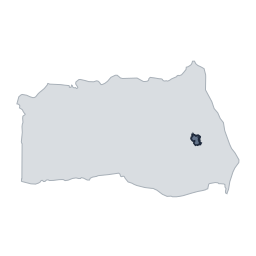 Adansi South, Ashanti, Ghana (highlighted), rotated 271°
{"feature_id": "2480657B97463209696641", "entity_name": "Adansi South", "entity_type": "district", "adm_level": 2, "iso_a3": "GHA", "parent_name": "Ghana", "parent_adm1": "Ashanti", "projection": "robinson", "projection_center": [-1.341, 6.005], "detail": "fine", "context": "in_parent", "style": "filled", "palette": "slate", "viewbox_px": 256, "rotation_deg": 271, "n_neighbors": 0, "source": "geoboundaries", "source_scale": "gbopen_adm2", "svg_char_len": 5105}
<svg xmlns="http://www.w3.org/2000/svg" viewBox="0 0 256 256"><g transform="rotate(271 128 128)"><path d="M157.3,18.3L159.2,20.4L159.7,21.6L159.0,26.1L157.6,29.3L156.7,32.2L156.8,33.7L157.6,35.2L160.6,37.5L162.1,39.0L164.0,41.3L166.0,43.6L169.6,46.5L171.1,47.0L171.0,47.8L170.5,48.9L170.2,59.8L169.9,62.6L169.7,64.0L169.4,68.0L169.0,68.6L168.3,68.6L167.7,68.7L167.6,69.5L167.8,70.3L169.9,70.9L169.5,71.5L167.9,72.1L167.2,73.3L167.5,74.7L166.6,75.8L166.9,76.6L167.4,77.1L168.3,76.9L170.8,75.1L171.9,74.9L173.2,75.2L175.6,78.1L175.7,79.5L174.7,84.3L173.7,87.9L173.6,92.9L174.6,95.6L174.4,97.1L173.4,98.4L170.9,100.3L171.1,101.6L172.2,104.0L174.3,106.7L178.4,110.1L180.5,114.4L180.6,116.2L179.3,117.9L177.9,119.5L177.4,121.7L178.1,136.2L174.8,142.5L174.8,144.3L175.1,146.4L176.0,147.7L177.6,148.0L179.0,149.3L178.5,153.7L177.8,158.2L177.7,160.4L177.3,161.4L176.0,162.3L175.6,163.7L175.9,165.5L175.6,166.8L176.3,168.5L177.8,170.6L180.2,175.8L181.1,176.2L181.5,177.3L181.2,178.3L182.1,180.6L184.8,182.9L187.5,185.0L189.8,185.2L190.3,187.0L191.8,189.3L192.8,190.3L194.5,191.0L195.9,191.3L196.0,193.3L193.5,194.6L191.8,196.6L190.5,199.6L188.7,203.0L182.5,204.7L180.2,204.8L167.5,204.8L155.7,211.4L148.9,213.8L144.7,217.5L139.0,220.1L135.1,223.3L126.9,224.8L113.5,229.9L109.3,231.9L105.0,235.4L98.1,239.5L95.4,239.4L90.0,235.6L85.9,233.7L76.0,230.7L68.5,229.6L64.9,228.3L64.0,228.1L64.8,226.7L66.9,226.6L69.0,227.1L70.7,226.0L73.1,225.9L73.7,224.8L73.9,222.0L73.9,219.8L74.8,218.8L75.0,216.1L73.8,210.3L73.0,209.6L68.6,208.8L68.3,207.7L67.5,206.4L66.7,203.4L65.8,199.0L64.2,193.4L61.3,184.3L60.6,181.0L60.1,177.7L60.0,173.8L60.6,172.3L60.5,170.3L60.3,168.3L62.3,163.6L66.4,157.9L67.2,155.9L68.0,154.4L68.1,152.4L68.8,145.8L70.7,137.7L71.9,134.7L72.8,133.1L73.7,130.4L74.0,129.1L77.7,126.0L79.4,125.1L79.8,123.9L79.2,122.6L79.5,121.6L80.3,121.2L81.7,120.8L82.7,119.5L81.1,109.6L79.9,99.7L79.8,98.9L79.1,97.5L78.3,93.5L77.1,91.1L75.3,90.4L75.3,88.1L77.1,84.4L77.6,82.1L76.7,81.5L76.6,79.7L77.2,76.9L76.9,75.2L76.6,73.4L74.8,69.1L74.3,66.0L75.3,64.2L75.2,60.3L74.3,54.3L74.1,50.4L74.8,48.9L74.5,47.3L73.1,45.9L73.0,44.5L74.2,43.2L74.0,42.1L72.6,41.3L71.4,39.5L70.3,36.5L70.5,31.8L72.6,23.1L72.9,22.4L75.3,22.4L75.3,22.8L82.7,22.7L91.2,22.6L101.3,22.5L110.5,22.4L110.9,22.0L112.4,21.6L121.7,22.4L127.5,22.0L130.0,22.3L131.8,22.9L135.8,22.5L138.0,22.7L139.6,24.9L140.2,24.9L141.1,24.0L142.7,22.9L144.4,22.1L145.5,20.4L146.2,19.1L147.3,19.4L148.8,19.3L149.8,18.2L150.2,16.5L157.3,18.3Z" fill="#d9dde1" stroke="#a8b0b8" stroke-width="1"/><path d="M112.1,198.5L112.4,198.5L112.6,198.5L112.6,198.8L112.6,199.0L112.8,198.9L112.9,199.1L113.0,199.4L113.2,199.5L113.4,199.6L113.5,199.7L113.5,199.8L113.4,199.9L113.3,200.0L113.5,200.0L113.4,200.3L113.3,200.2L113.2,200.2L113.0,200.3L113.0,200.5L112.9,200.5L112.9,200.8L113.0,200.8L113.2,200.7L113.3,200.7L113.5,200.7L113.5,200.8L113.5,201.0L113.8,201.2L113.9,200.9L114.0,201.0L114.2,201.3L114.3,201.4L114.4,201.2L114.5,201.2L114.7,200.9L114.7,200.6L114.8,200.4L114.7,200.2L114.6,199.9L114.5,199.7L114.7,199.9L114.7,200.0L114.8,200.1L115.0,199.7L115.4,199.8L115.5,199.7L115.8,199.7L115.9,199.8L115.9,199.7L116.0,199.6L116.0,199.4L116.0,199.2L116.3,199.1L116.5,199.1L116.6,199.3L116.7,199.2L116.8,199.2L117.0,199.2L117.1,199.3L117.3,199.2L117.3,198.9L117.2,198.8L117.3,198.7L117.6,198.7L117.9,198.7L118.0,198.7L118.1,198.8L118.2,199.0L118.3,199.1L118.5,198.9L118.6,199.0L118.4,199.3L118.3,199.5L118.5,199.4L118.8,199.4L119.1,199.3L119.1,199.2L119.3,199.0L119.3,199.3L119.3,199.5L119.5,199.8L119.5,200.1L119.4,200.2L119.5,200.3L119.9,200.3L120.0,200.2L120.2,199.9L120.3,199.8L120.5,199.8L120.6,200.1L120.8,200.2L120.9,199.9L120.9,199.7L120.9,199.3L121.0,199.3L121.0,199.5L121.1,199.4L121.3,199.4L121.3,199.1L121.4,198.8L121.4,198.7L121.5,198.8L121.6,198.7L121.9,198.7L122.0,198.6L122.1,198.4L122.0,198.2L122.1,197.9L122.1,197.7L122.0,197.2L121.9,197.1L121.7,197.1L121.5,196.9L121.4,196.8L121.3,196.7L121.5,196.5L121.4,196.3L121.4,196.2L121.5,196.2L121.4,196.0L121.5,196.0L121.6,195.9L121.6,196.0L121.7,195.9L121.8,195.9L121.9,195.7L121.8,195.4L121.7,195.4L121.8,195.2L121.9,194.9L122.0,194.9L122.3,194.7L122.5,194.6L122.5,194.4L122.4,194.4L122.4,194.2L122.4,193.9L122.5,193.9L122.5,193.7L122.8,193.5L122.7,193.5L122.7,193.4L122.6,193.2L122.8,193.2L123.0,193.2L123.1,192.9L123.0,192.7L122.9,192.4L122.8,192.5L122.7,192.5L122.5,192.4L122.5,192.2L122.3,192.2L122.1,192.2L121.9,192.1L121.7,192.3L121.3,192.3L121.2,192.4L121.2,192.5L121.1,192.8L120.9,192.8L120.8,192.7L120.7,192.4L120.4,192.3L120.4,192.2L120.2,192.1L120.2,191.9L120.0,191.7L119.9,191.5L120.0,191.5L119.9,191.5L119.9,191.4L117.6,191.0L117.8,191.1L117.9,191.4L117.9,191.5L118.0,191.6L118.0,191.8L117.9,191.9L117.7,191.9L117.3,192.1L117.2,192.1L116.8,192.1L116.7,192.2L116.5,192.5L116.3,192.7L116.2,192.9L116.0,193.2L116.0,193.3L116.1,193.6L116.1,193.8L116.1,194.0L116.1,194.3L116.3,194.4L116.3,194.5L116.4,194.8L115.6,194.8L115.5,194.4L114.0,194.0L112.5,195.2L111.9,195.7L112.2,196.1L112.2,197.0L111.9,198.1L112.0,198.2L112.2,198.3L112.2,198.5L112.1,198.5Z" fill="#64748b" stroke="#1e293b" stroke-width="1.5"/></g></svg>